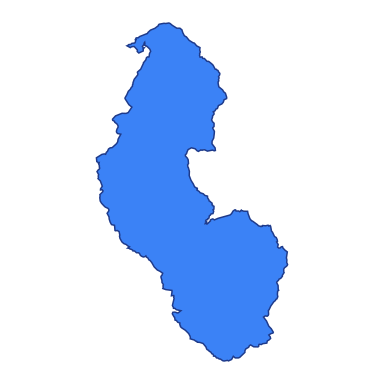 the district of Manzalesti, Buzau, Romania
{"feature_id": "2599482B39900839669383", "entity_name": "Manzalesti", "entity_type": "district", "adm_level": 2, "iso_a3": "ROU", "parent_name": "Romania", "parent_adm1": "Buzau", "projection": "equal_earth", "projection_center": [26.631, 45.541], "detail": "fine", "context": "isolated", "style": "filled", "palette": "blue", "viewbox_px": 384, "rotation_deg": 0, "n_neighbors": 0, "source": "geoboundaries", "source_scale": "gbopen_adm2", "svg_char_len": 6000}
<svg xmlns="http://www.w3.org/2000/svg" viewBox="0 0 384 384"><path d="M228.5,360.9L231.6,359.5L233.3,356.3L235.2,357.9L238.4,357.9L239.7,357.4L244.9,352.4L244.9,350.7L245.8,348.9L248.6,347.3L249.4,345.7L250.6,344.9L253.7,346.8L258.0,346.9L258.8,346.1L258.7,345.1L259.2,344.3L261.5,344.5L262.6,343.7L266.8,343.1L267.3,340.9L269.1,339.9L270.6,338.5L270.2,336.8L268.8,335.0L270.8,333.7L273.0,333.0L273.3,332.2L271.3,328.8L268.8,326.2L266.5,321.0L263.5,317.1L265.3,315.9L267.2,316.2L268.2,315.4L268.6,314.3L268.4,310.4L269.0,309.9L270.8,306.0L273.8,301.8L275.3,300.6L276.0,299.3L276.9,298.9L277.8,296.7L277.4,294.5L277.6,291.2L278.7,290.3L278.2,289.3L278.1,285.5L276.7,282.7L277.0,281.7L278.5,280.3L279.1,279.1L280.7,278.4L282.4,276.3L282.3,275.4L284.1,272.6L283.8,272.1L283.7,269.2L284.5,267.8L286.6,266.2L287.4,265.1L287.6,264.5L286.7,262.5L286.9,260.0L286.4,257.9L287.3,251.9L284.8,250.0L282.9,247.9L282.5,246.6L281.3,246.8L279.9,248.1L278.6,248.0L277.6,247.1L278.2,244.5L276.6,241.9L277.5,241.3L277.1,239.4L276.2,237.5L274.5,236.5L272.5,232.2L271.5,231.1L270.6,226.2L270.1,225.5L268.9,226.1L268.1,225.2L265.5,225.8L262.7,225.5L262.4,226.3L261.3,226.1L261.0,226.6L258.3,225.7L257.6,224.8L252.4,221.0L251.6,220.8L249.9,218.7L248.0,213.5L247.6,211.3L243.5,211.2L242.6,210.7L241.9,210.8L241.3,210.1L239.8,211.7L238.6,211.0L236.2,211.0L235.9,210.9L235.6,209.9L234.7,209.9L233.1,211.0L231.5,213.7L230.0,215.0L218.1,218.3L214.4,219.9L212.8,218.9L211.1,219.5L210.3,220.0L210.4,220.9L207.3,223.9L206.8,224.0L206.1,223.3L205.2,223.6L205.3,223.1L206.6,222.5L206.7,221.8L205.6,221.1L205.7,220.7L206.3,219.8L207.7,219.7L207.7,218.8L208.9,218.2L209.4,215.7L210.4,215.1L211.1,213.9L213.0,213.6L213.7,211.2L213.0,209.8L213.9,209.2L214.0,206.3L212.9,205.8L212.7,205.2L212.0,204.8L212.2,203.9L211.8,202.8L210.5,202.0L210.1,201.4L209.1,200.9L208.9,199.9L207.6,197.9L207.5,196.1L204.8,195.4L203.3,193.8L200.1,192.7L199.2,191.5L196.9,190.0L197.4,189.0L197.2,188.2L196.5,188.3L196.0,187.6L194.6,186.9L193.3,184.0L191.0,180.3L189.2,175.6L189.4,171.3L188.3,167.5L187.9,167.1L187.6,164.8L188.5,163.6L188.2,159.9L187.3,158.1L185.4,156.0L185.4,154.8L186.5,153.7L187.2,151.5L188.1,149.6L191.4,147.8L195.2,148.8L197.0,150.7L198.4,151.4L200.9,149.9L202.1,150.3L202.6,150.0L204.6,149.8L207.4,151.1L212.6,150.1L214.2,150.8L215.4,150.5L215.1,147.9L212.0,143.8L212.1,141.1L213.7,138.1L214.3,133.2L214.4,131.3L212.7,128.2L212.8,127.6L214.0,126.6L214.1,123.6L213.8,122.9L212.8,122.1L211.6,120.0L212.6,116.9L212.5,116.0L214.0,114.2L214.0,112.8L213.2,111.9L215.0,110.8L216.0,109.0L217.4,108.5L218.4,105.6L221.9,103.9L223.3,102.2L224.1,99.7L226.6,98.6L226.7,97.3L225.4,93.2L223.7,91.8L222.6,89.9L218.8,86.8L218.1,83.1L218.2,81.7L218.8,80.9L218.5,79.6L219.1,77.9L218.5,76.8L219.7,74.8L219.8,73.3L218.7,72.1L218.0,70.5L216.8,69.9L216.4,69.3L215.2,69.2L213.1,65.2L211.7,63.8L208.7,61.4L207.0,61.3L204.4,58.5L202.7,58.4L202.1,56.9L200.1,57.2L199.5,55.3L199.8,54.2L199.6,53.6L200.3,52.0L199.7,50.1L200.0,47.6L196.6,45.8L194.4,43.1L192.9,42.7L189.1,40.3L186.4,36.9L184.4,35.8L182.8,32.7L181.9,29.8L179.9,28.2L176.8,28.2L172.4,25.4L170.1,23.5L168.9,23.0L165.7,23.5L164.0,23.3L159.2,24.2L158.5,24.9L158.4,25.6L154.9,28.3L150.5,30.1L148.0,32.4L147.5,33.4L139.7,36.5L138.1,37.8L136.2,37.9L135.4,39.5L136.1,39.6L135.6,40.6L135.3,42.2L134.7,43.0L131.8,43.4L130.8,44.4L128.7,44.6L127.7,45.5L127.0,45.8L130.3,47.6L131.7,46.7L134.2,46.5L137.4,50.0L137.2,51.5L138.8,53.0L143.2,51.0L143.3,48.9L144.0,48.0L143.1,48.3L143.2,47.7L142.4,46.5L144.0,44.3L144.1,43.1L144.7,42.3L144.9,43.9L144.5,45.2L146.9,46.3L149.2,48.5L149.9,49.3L150.7,51.3L149.5,53.5L149.1,56.5L148.8,57.0L147.5,56.9L146.5,57.6L145.8,59.9L143.4,62.8L143.5,63.2L140.7,69.2L137.5,72.0L137.4,72.6L137.9,73.8L137.7,74.9L134.2,79.3L133.0,82.8L132.9,84.2L132.5,84.8L132.4,86.4L131.3,87.4L130.3,89.3L128.3,91.3L126.8,94.8L125.1,97.7L125.0,98.6L128.9,104.7L131.9,107.1L128.2,112.6L126.1,113.4L122.0,113.3L115.5,115.9L112.5,119.2L112.7,120.3L114.5,121.3L114.8,122.3L116.9,123.9L118.0,125.6L118.1,127.2L117.0,129.1L116.4,131.2L116.6,132.3L117.5,133.5L120.8,134.2L118.1,139.2L117.7,141.8L116.6,143.6L112.2,147.6L110.1,147.9L108.5,149.0L107.5,151.3L106.3,152.4L105.6,154.3L104.3,153.9L101.9,154.4L96.4,157.8L96.8,161.6L98.0,162.3L98.4,163.2L99.1,162.8L98.8,164.2L99.4,165.8L99.3,167.0L99.7,168.1L99.3,169.1L98.4,169.7L97.0,171.6L98.6,174.6L98.2,176.1L98.5,177.4L98.0,178.6L100.3,180.9L102.3,186.2L100.5,189.0L100.5,190.0L102.0,189.7L103.0,190.8L102.7,191.8L99.9,194.6L100.1,195.9L99.8,197.6L100.2,201.0L101.6,203.3L104.0,205.9L105.3,207.1L107.9,208.3L108.7,209.2L108.9,210.2L108.6,211.2L107.1,213.3L109.0,216.9L109.2,219.1L110.2,222.2L111.5,224.6L114.5,225.3L115.0,230.5L115.7,230.8L117.2,230.5L119.1,231.6L119.8,235.1L119.5,236.2L120.0,238.5L121.9,241.9L123.8,243.6L126.2,244.5L127.9,246.0L129.5,246.8L127.7,248.1L129.1,248.3L129.6,248.8L131.6,249.5L132.8,250.3L132.9,250.9L134.6,251.0L136.4,252.7L138.7,252.8L139.8,254.0L140.4,255.4L141.7,256.3L143.3,257.0L145.1,256.6L145.9,255.9L146.6,257.2L147.9,258.0L148.9,259.9L150.1,260.5L151.7,262.5L154.2,266.9L157.3,270.0L160.0,271.3L162.7,273.2L162.0,275.1L161.0,276.3L161.0,277.5L161.9,280.3L162.0,282.6L162.8,283.6L163.4,284.9L163.0,285.8L163.2,287.5L162.8,288.5L165.8,289.6L171.9,290.4L172.0,292.0L171.4,295.8L173.7,295.5L173.9,296.0L173.7,297.5L174.1,298.4L172.4,305.5L173.5,307.7L173.5,308.3L175.0,308.4L176.3,309.7L180.9,310.7L178.2,312.8L177.1,312.9L175.8,312.3L174.3,312.1L172.8,312.3L172.3,313.8L174.1,317.0L174.6,317.3L175.1,320.2L176.3,320.4L177.8,322.3L179.9,323.0L179.8,324.1L179.9,325.0L180.5,325.9L180.4,326.6L181.6,327.8L185.4,330.3L188.7,333.6L190.1,336.3L190.4,338.1L190.2,338.8L194.4,340.1L195.6,341.1L196.8,341.4L197.2,342.2L199.8,342.4L203.1,343.5L205.9,346.9L206.7,349.1L207.3,349.7L208.8,350.5L209.2,351.3L210.7,352.0L211.9,353.8L212.9,354.1L213.7,355.6L213.6,356.1L215.3,356.2L216.5,357.9L217.8,358.0L219.2,359.0L220.5,359.1L222.7,360.7L224.1,361.0L227.4,360.4L228.5,360.9Z" fill="#3b82f6" stroke="#1e3a8a" stroke-width="1.5"/></svg>